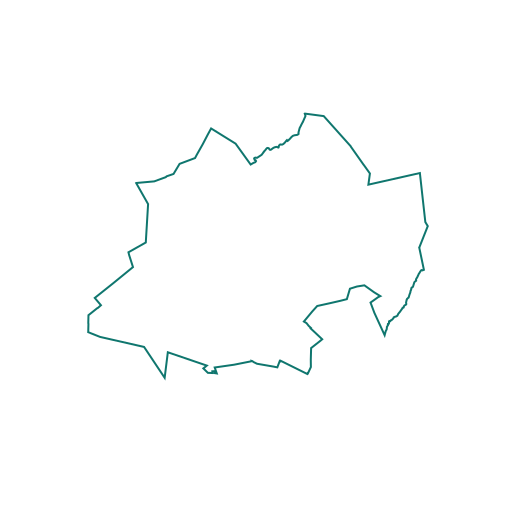 outline of Umzingwane, Matabeleland South, Zimbabwe, rotated 240°
{"feature_id": "62879985B43566873745809", "entity_name": "Umzingwane", "entity_type": "district", "adm_level": 2, "iso_a3": "ZWE", "parent_name": "Zimbabwe", "parent_adm1": "Matabeleland South", "projection": "albers", "projection_center": [28.89, -20.328], "detail": "fine", "context": "isolated", "style": "outline", "palette": "teal", "viewbox_px": 512, "rotation_deg": 240, "n_neighbors": 0, "source": "geoboundaries", "source_scale": "gbopen_adm2", "svg_char_len": 4561}
<svg xmlns="http://www.w3.org/2000/svg" viewBox="0 0 512 512"><g transform="rotate(240 256 256)"><path d="M354.9,369.4L352.6,368.9L352.4,368.7L350.8,366.5L348.5,363.4L348.5,363.2L348.4,363.1L348.2,362.8L346.7,360.4L346.5,360.2L346.3,359.9L345.0,357.8L344.9,357.7L344.7,357.5L342.1,354.9L341.9,354.7L341.5,354.5L341.4,354.4L341.1,354.3L341.0,354.2L340.8,354.1L340.7,354.0L340.6,353.9L340.4,353.8L340.4,353.7L340.3,353.4L340.3,352.4L340.3,352.2L341.3,349.7L341.6,348.2L341.6,347.8L341.2,345.8L341.1,345.7L340.8,344.7L340.6,344.2L339.9,341.5L339.9,340.8L340.9,340.7L340.8,340.3L340.4,339.3L340.4,339.2L340.2,338.7L339.7,337.5L339.7,337.1L339.6,336.9L339.3,335.7L339.4,334.3L339.5,334.1L340.2,333.2L340.5,332.7L340.4,332.4L340.3,331.8L340.3,331.6L340.2,331.4L340.1,331.2L339.9,330.8L339.8,330.7L339.6,330.6L339.5,330.4L339.0,330.1L338.9,330.0L338.7,329.8L338.7,329.6L338.8,329.5L338.9,329.4L339.0,329.3L339.3,329.2L339.5,329.0L339.6,328.9L339.8,328.8L340.0,328.6L340.2,328.4L340.3,328.1L340.5,327.7L340.6,327.2L340.7,326.8L340.8,326.6L340.8,326.3L340.9,325.9L340.9,324.8L340.9,324.7L340.7,323.0L340.7,322.7L340.6,322.4L340.6,322.2L340.8,321.4L341.0,321.2L341.5,321.0L342.9,320.9L343.0,320.9L343.2,320.7L343.3,320.6L343.6,320.3L343.7,320.2L343.9,319.7L343.9,319.3L343.9,319.2L343.7,318.6L343.0,316.9L342.5,315.1L342.4,314.9L342.3,315.0L340.8,311.4L340.5,306.0L341.5,304.7L341.7,303.7L341.3,303.1L339.8,302.9L339.2,303.5L338.2,303.5L337.6,302.3L337.9,300.4L337.9,297.1L363.5,294.5L388.9,280.9L385.3,275.0L379.4,265.7L373.2,255.2L371.3,252.2L374.0,235.9L368.3,225.6L369.7,218.4L369.4,217.4L371.5,205.2L379.1,188.8L379.1,188.7L354.9,188.5L322.8,167.3L323.0,147.4L320.2,146.6L307.9,143.9L303.8,118.6L300.3,95.4L290.9,97.1L290.1,93.2L290.2,92.5L288.5,81.3L281.6,77.1L281.1,77.0L273.9,72.6L263.9,80.5L233.2,113.6L196.2,116.0L216.7,131.5L185.7,158.6L185.4,156.9L185.0,154.2L178.9,155.9L176.4,159.8L178.0,160.5L177.0,162.5L175.3,161.6L173.9,163.3L180.1,164.5L172.8,182.7L166.9,200.1L167.0,200.1L166.9,200.2L165.6,200.8L165.3,200.9L164.0,201.8L162.3,202.9L162.1,203.1L151.1,216.3L150.9,216.5L148.9,218.8L153.3,224.2L152.6,224.6L152.9,225.0L128.2,241.4L128.7,242.1L128.4,242.3L132.4,248.0L138.8,251.6L148.7,257.7L150.6,270.7L150.8,271.7L162.1,268.3L166.0,267.1L166.2,267.6L169.1,266.7L172.6,266.2L175.3,264.7L179.8,276.9L182.1,284.0L178.2,296.3L175.0,306.7L173.2,313.1L180.7,321.0L179.1,328.2L176.4,335.2L165.6,340.1L159.1,343.6L159.3,341.2L158.4,331.9L147.6,330.1L123.1,327.8L126.1,330.8L127.0,332.3L127.4,332.7L128.8,333.7L129.1,333.9L129.1,334.0L130.0,335.4L130.1,335.7L130.9,336.0L131.0,336.1L131.2,336.3L131.1,336.6L130.9,337.1L131.0,337.3L132.7,338.4L132.7,338.5L133.0,339.0L132.4,339.6L132.9,340.8L132.7,341.3L132.8,341.5L132.8,341.8L132.9,342.1L133.0,342.6L133.1,343.0L133.2,343.3L133.3,343.4L133.3,343.5L133.4,343.8L133.7,344.4L133.9,344.5L134.0,344.6L134.0,345.2L134.0,345.4L134.0,345.5L133.9,345.8L133.8,346.2L133.8,346.3L133.8,346.5L133.6,346.8L133.6,347.1L133.6,348.6L133.8,348.9L133.9,349.0L134.2,349.4L134.3,349.5L134.5,349.9L134.6,350.0L134.8,350.3L135.0,350.8L135.1,351.2L135.4,351.8L135.5,352.2L135.5,352.3L137.2,356.0L137.3,356.2L137.3,356.3L137.5,356.6L137.8,357.0L137.7,357.1L137.7,357.3L137.6,357.7L137.6,358.1L137.9,358.4L138.0,358.5L138.5,359.0L138.8,359.5L138.9,359.9L138.9,360.0L138.9,360.3L138.9,361.6L139.0,361.9L139.1,362.0L139.4,362.2L139.6,362.3L140.0,362.4L140.2,362.5L140.7,362.7L142.3,364.2L142.5,364.3L142.7,364.5L142.8,364.8L143.2,365.2L143.2,365.3L143.4,365.8L143.7,367.0L143.7,367.4L145.8,369.6L146.0,369.8L146.2,370.1L146.8,370.8L146.9,371.0L147.2,371.3L147.3,371.4L147.4,371.5L147.5,371.6L147.7,371.8L148.2,372.1L148.5,372.4L148.5,372.5L148.8,372.9L149.0,373.1L149.1,373.3L149.5,373.7L149.8,373.9L149.9,374.0L150.4,374.4L150.6,374.6L150.7,374.8L150.8,375.0L150.8,375.5L150.7,375.7L150.8,376.2L150.8,376.3L151.0,376.7L154.0,379.9L154.2,380.3L154.3,380.5L154.4,381.0L154.4,381.4L154.4,381.5L154.4,381.8L154.5,381.9L154.7,382.2L154.7,382.3L154.8,382.3L155.0,382.4L155.5,382.7L156.0,383.2L156.2,383.6L156.3,383.7L156.3,383.8L157.2,385.4L157.3,385.5L157.5,385.8L157.6,386.0L157.8,386.1L158.6,387.4L158.9,387.7L159.1,388.0L159.3,388.4L159.4,388.7L159.9,389.6L160.2,390.1L160.3,390.3L160.4,390.5L160.9,391.6L161.0,391.8L161.0,392.1L160.9,392.6L160.3,393.0L160.1,394.5L181.7,401.6L181.7,401.8L181.9,401.9L196.0,419.7L200.7,419.6L225.6,430.5L238.6,436.2L245.9,439.4L261.6,389.0L270.5,395.9L280.8,394.9L281.2,394.8L285.7,394.4L303.4,392.8L303.7,392.9L343.3,384.6L354.9,369.5L354.9,369.4Z" fill="none" stroke="#0f766e" stroke-width="2"/></g></svg>